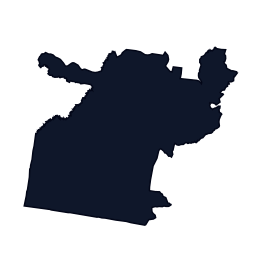 Kisarawe, Pwani, United Republic of Tanzania, rotated 9°
{"feature_id": "72390352B52983476562666", "entity_name": "Kisarawe", "entity_type": "district", "adm_level": 2, "iso_a3": "TZA", "parent_name": "United Republic of Tanzania", "parent_adm1": "Pwani", "projection": "albers", "projection_center": [38.786, -7.182], "detail": "fine", "context": "isolated", "style": "filled", "palette": "ink", "viewbox_px": 256, "rotation_deg": 9, "n_neighbors": 0, "source": "geoboundaries", "source_scale": "gbopen_adm2", "svg_char_len": 5642}
<svg xmlns="http://www.w3.org/2000/svg" viewBox="0 0 256 256"><g transform="rotate(9 128 128)"><path d="M226.5,55.5L222.5,55.1L220.8,55.5L220.6,55.1L216.2,53.7L215.0,50.5L213.7,49.8L212.8,48.7L212.2,47.6L213.2,47.2L213.6,44.2L213.0,41.4L211.6,40.0L212.2,35.4L207.9,35.9L201.7,35.7L201.2,35.5L201.8,34.8L201.4,34.7L200.8,35.5L201.2,35.7L199.4,38.5L199.0,38.5L199.1,38.1L197.6,38.8L196.9,38.1L196.8,38.7L195.7,38.5L195.1,39.0L195.4,40.3L194.8,40.2L194.8,41.0L194.0,40.9L193.2,41.8L192.4,43.8L191.4,45.0L189.3,46.2L189.3,47.2L188.2,49.0L188.7,52.2L189.6,52.7L190.4,54.6L189.6,59.7L190.0,61.5L189.2,62.8L189.5,65.5L190.2,67.3L193.0,70.1L193.7,71.6L193.6,72.8L191.0,70.6L188.6,70.2L171.8,71.1L172.0,66.4L171.6,60.3L163.2,60.6L162.7,65.7L160.6,65.6L155.2,61.0L157.1,56.2L157.3,53.9L156.0,50.1L152.8,47.3L151.4,50.8L140.2,50.9L138.0,52.3L135.9,52.9L133.3,53.0L128.5,50.9L123.7,50.5L114.5,50.8L114.3,51.2L114.0,51.0L113.6,51.3L110.8,54.4L110.6,54.8L111.0,54.9L109.5,57.3L106.0,59.9L103.2,55.1L102.9,55.8L102.3,55.7L102.3,55.1L101.8,55.1L101.7,54.7L100.6,54.7L100.5,56.5L99.9,56.7L99.3,57.9L98.6,57.4L97.7,57.9L97.9,58.4L97.1,59.5L97.7,60.4L96.4,61.6L97.4,62.8L97.3,64.1L96.3,63.7L96.3,63.3L95.6,63.6L95.7,64.1L94.7,65.6L95.1,66.8L94.6,66.6L93.7,67.4L94.8,67.6L94.0,68.4L94.5,69.3L93.7,70.7L94.1,71.9L92.8,72.1L92.5,72.5L93.1,72.6L93.7,73.9L93.2,74.5L93.2,74.3L93.0,74.0L92.9,75.8L89.4,77.6L86.9,78.4L83.8,78.4L76.5,76.7L75.4,76.8L73.7,77.8L71.8,77.0L68.8,73.8L64.6,72.2L63.4,72.2L62.2,72.8L58.6,76.3L56.5,76.7L54.1,74.0L50.5,70.9L47.8,69.9L45.2,69.4L42.6,67.6L40.1,67.1L38.1,67.4L34.8,66.4L33.4,67.9L31.7,68.2L31.0,68.7L30.3,70.6L29.6,71.5L28.7,74.7L29.7,75.8L30.6,77.9L30.7,79.0L30.1,79.8L30.9,80.8L31.4,80.7L31.9,81.6L32.2,81.1L32.6,81.5L33.0,80.7L34.8,79.9L34.8,78.9L35.6,78.5L36.2,78.4L36.8,79.8L37.5,79.9L37.8,79.1L38.8,79.8L39.1,80.0L38.8,80.8L40.6,81.3L41.1,82.3L40.3,84.3L41.3,85.2L40.5,86.9L42.4,88.1L45.1,87.8L45.4,88.9L47.6,89.3L50.6,88.7L51.7,87.7L52.5,88.8L53.3,88.8L53.9,88.1L54.7,88.2L56.8,87.4L57.2,88.5L58.2,88.8L59.3,88.5L59.4,89.2L60.5,89.9L60.0,90.4L60.1,91.1L63.0,92.0L63.6,90.6L64.1,90.3L65.4,90.7L67.8,90.5L69.3,91.2L70.4,90.6L71.5,91.0L72.9,90.7L74.4,91.7L78.0,90.7L84.6,90.9L85.4,92.0L86.1,92.1L86.9,93.7L85.7,94.5L86.7,96.2L86.0,95.8L86.0,96.6L85.4,96.7L84.3,96.2L84.4,97.2L83.2,97.2L82.6,97.7L83.3,99.1L82.8,100.1L82.2,99.5L81.1,100.2L81.0,100.5L82.3,101.7L81.6,102.9L80.9,103.0L80.6,104.5L81.2,105.0L81.2,105.6L80.8,105.7L80.2,105.0L78.6,105.3L78.5,106.4L78.1,107.0L78.4,108.0L77.9,108.3L78.6,110.0L78.4,110.6L77.5,110.7L77.1,112.3L76.5,112.1L75.7,113.5L75.6,112.8L75.3,113.2L74.8,112.9L72.8,113.3L73.2,114.0L73.1,114.7L72.2,115.4L72.3,117.1L72.1,117.5L71.8,116.5L71.6,116.6L71.4,117.2L71.9,118.0L70.6,118.2L71.4,118.9L71.0,120.0L70.2,120.1L70.3,120.8L69.3,120.7L68.5,121.7L69.1,122.1L68.5,123.0L69.1,123.0L68.9,123.6L69.6,124.0L69.7,124.6L69.2,124.4L68.8,125.0L67.7,125.1L68.3,126.0L67.1,127.9L66.0,127.7L66.3,128.4L65.4,129.4L64.9,128.7L63.9,129.3L63.1,128.3L63.0,129.7L61.8,129.5L61.8,128.6L60.3,128.6L59.8,130.2L59.4,130.0L59.3,129.2L58.8,129.7L58.4,129.4L59.2,128.6L59.1,128.1L58.4,128.6L57.8,128.2L58.5,127.3L58.4,126.8L56.7,127.6L56.2,126.7L55.2,127.0L55.9,127.6L54.6,127.4L54.7,128.6L53.5,128.4L54.0,129.3L52.7,129.4L53.3,130.2L52.3,130.1L52.6,131.2L51.8,131.1L50.9,132.4L49.8,131.3L49.0,132.2L49.4,133.0L48.3,132.6L48.1,132.9L48.7,133.6L48.1,133.8L48.2,134.8L47.9,135.1L47.6,135.3L46.9,134.2L46.0,134.6L47.1,135.6L45.8,136.4L45.8,137.7L44.7,137.6L45.3,138.3L45.2,138.6L44.5,138.1L45.0,139.3L44.3,139.1L44.2,139.8L43.6,139.6L43.0,140.0L43.4,140.9L42.2,141.1L42.4,142.4L41.4,142.2L41.8,143.3L40.1,143.6L40.3,144.6L39.1,144.6L39.5,145.8L38.9,145.9L39.1,146.9L38.7,147.9L37.8,147.9L38.1,160.4L37.8,165.4L38.2,174.2L37.7,179.9L37.9,182.8L37.4,183.9L38.3,192.0L38.4,204.7L38.0,206.6L38.2,210.9L37.7,221.2L64.5,220.6L64.7,220.9L81.9,220.9L84.2,220.6L111.2,220.9L113.0,220.5L116.2,220.8L119.7,220.5L130.2,220.8L140.9,220.5L145.7,221.0L159.8,221.3L160.6,220.7L162.8,215.3L167.3,213.9L169.3,212.2L168.4,209.9L166.1,208.5L164.7,206.8L164.0,203.9L164.1,202.7L167.2,201.3L169.0,201.3L171.0,200.6L174.2,200.3L175.7,199.4L177.7,199.5L180.5,199.0L182.4,197.3L182.4,196.8L180.9,196.4L180.5,195.9L179.6,196.0L178.9,195.6L176.2,190.9L173.3,190.1L172.2,188.0L170.6,187.4L169.2,186.1L164.9,186.6L159.2,186.6L158.9,186.3L158.5,182.9L158.3,175.6L158.7,161.5L161.3,153.4L161.9,145.3L163.4,143.3L163.9,143.4L166.9,145.2L168.2,146.8L168.9,146.7L170.4,147.4L172.6,149.5L174.1,149.2L175.5,149.9L176.3,147.0L175.2,144.1L175.9,142.8L176.2,137.7L176.8,135.8L179.1,137.0L181.0,137.0L182.8,136.0L185.3,135.5L187.3,133.2L187.9,133.5L189.5,133.1L189.5,133.8L190.1,133.7L190.9,133.0L192.1,133.1L192.8,132.3L193.2,132.7L193.5,132.1L193.7,132.4L194.9,132.1L195.4,131.5L195.9,131.5L195.9,131.1L196.6,131.6L197.1,131.2L197.4,131.5L198.4,130.0L198.5,130.5L198.8,129.9L199.9,129.4L200.7,127.9L202.1,126.4L203.4,125.9L205.9,121.7L206.8,121.9L207.4,121.1L211.0,120.0L212.1,118.8L212.1,118.1L213.7,116.5L214.0,115.3L215.7,114.6L217.6,112.7L217.9,111.6L216.8,107.8L216.7,105.3L217.7,101.0L218.4,99.7L217.7,99.0L215.8,98.2L215.3,96.5L214.8,96.0L215.6,94.1L215.5,92.1L213.6,92.4L213.1,93.7L212.1,93.8L211.3,94.8L210.3,94.9L208.6,96.5L207.7,95.6L206.6,95.6L205.2,93.3L205.1,92.3L205.4,91.8L204.7,90.7L204.9,90.2L206.0,90.4L208.0,89.9L210.6,90.6L211.4,91.4L214.8,88.0L213.4,84.7L216.9,80.0L216.2,79.3L215.0,79.7L213.5,78.4L215.1,76.0L217.3,75.3L218.0,72.6L219.8,71.1L219.6,70.2L220.0,68.3L221.5,69.1L220.1,67.3L220.1,66.7L223.1,66.1L224.9,64.8L224.4,60.7L225.1,60.8L227.3,56.6L226.8,56.5L226.5,55.5Z" fill="#0f172a" stroke="#020617" stroke-width="1.5"/></g></svg>